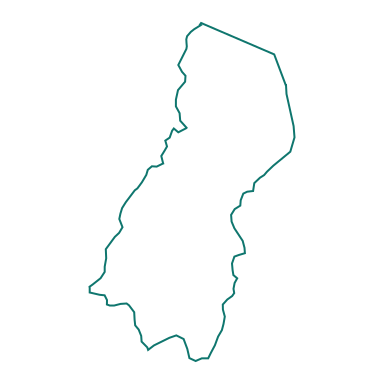 Foinikaria, Limassol, Cyprus (orthographic projection)
{"feature_id": "46923920B54656513612440", "entity_name": "Foinikaria", "entity_type": "district", "adm_level": 2, "iso_a3": "CYP", "parent_name": "Cyprus", "parent_adm1": "Limassol", "projection": "orthographic", "projection_center": [33.104, 34.76], "detail": "fine", "context": "isolated", "style": "outline", "palette": "teal", "viewbox_px": 384, "rotation_deg": 0, "n_neighbors": 0, "source": "geoboundaries", "source_scale": "gbopen_adm2", "svg_char_len": 1613}
<svg xmlns="http://www.w3.org/2000/svg" viewBox="0 0 384 384"><path d="M200.0,24.6L200.8,25.1L194.2,29.2L190.8,31.9L187.1,36.2L186.3,39.3L186.5,42.9L186.8,46.4L186.4,48.9L178.3,65.0L182.0,71.8L185.5,75.8L185.1,81.7L178.0,90.1L175.9,99.7L175.9,106.4L179.6,113.2L180.2,120.7L186.6,127.8L186.4,128.1L178.3,132.3L173.8,128.5L172.1,130.8L169.7,137.6L165.3,140.6L167.0,146.5L164.7,150.5L161.3,156.0L162.8,162.1L163.2,163.5L162.6,163.7L156.7,166.6L151.9,166.3L147.8,169.8L146.3,174.9L141.9,182.3L137.4,188.4L134.8,190.3L125.8,202.2L122.1,208.1L120.4,213.7L119.3,219.0L122.5,227.2L119.1,232.9L114.9,236.8L105.8,249.2L106.2,258.3L104.7,266.7L104.7,271.9L100.6,278.2L92.8,284.4L89.5,286.8L89.7,288.0L89.7,292.5L99.7,294.8L104.6,295.3L107.0,300.1L106.9,304.5L109.7,305.5L114.3,305.5L120.6,303.9L126.6,303.5L129.0,305.3L134.2,312.2L134.6,319.8L135.2,325.4L138.7,329.6L141.2,335.9L141.6,341.6L147.3,347.4L148.1,349.9L154.0,345.4L155.8,344.5L169.4,337.8L176.3,335.4L183.6,339.0L187.3,348.9L189.4,358.1L195.6,361.0L201.9,358.3L208.2,358.3L210.9,352.8L214.9,345.3L218.1,336.6L221.9,330.1L223.5,324.0L224.8,316.6L222.9,309.5L222.8,304.5L227.3,299.5L232.2,296.0L234.2,293.1L233.5,288.8L234.6,283.0L237.2,278.3L233.4,275.1L232.6,270.2L232.0,263.5L234.4,256.6L238.8,255.0L244.9,253.2L244.5,247.8L242.7,240.9L234.4,228.3L231.6,221.6L231.1,214.9L234.7,209.1L240.3,205.6L240.7,200.3L243.3,193.6L247.2,191.7L253.1,191.0L254.3,183.1L260.0,177.7L264.1,175.1L267.0,171.7L273.3,165.7L290.3,151.7L294.5,137.4L293.6,126.1L286.5,94.0L286.0,85.0L285.7,85.0L274.2,54.4L201.1,23.0L200.0,24.6Z" fill="none" stroke="#0f766e" stroke-width="2"/></svg>